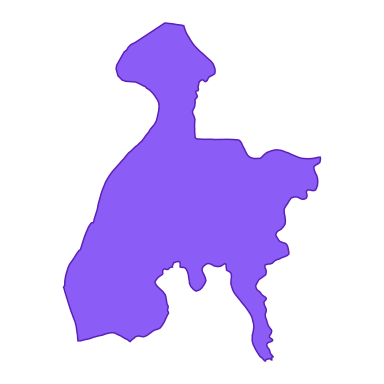 Khsach Kandal, Kândal, Cambodia
{"feature_id": "14789045B32248598745823", "entity_name": "Khsach Kandal", "entity_type": "district", "adm_level": 2, "iso_a3": "KHM", "parent_name": "Cambodia", "parent_adm1": "Kândal", "projection": "albers", "projection_center": [105.061, 11.705], "detail": "fine", "context": "isolated", "style": "filled", "palette": "violet", "viewbox_px": 384, "rotation_deg": 0, "n_neighbors": 0, "source": "geoboundaries", "source_scale": "gbopen_adm2", "svg_char_len": 6020}
<svg xmlns="http://www.w3.org/2000/svg" viewBox="0 0 384 384"><path d="M164.8,23.0L135.5,42.3L131.9,44.1L130.3,45.1L127.9,47.8L126.7,50.0L124.3,51.8L122.3,55.2L116.7,65.2L116.1,68.9L118.0,75.8L122.2,80.1L125.8,81.3L128.6,81.5L135.5,82.0L139.2,83.6L144.1,86.2L145.4,86.6L146.4,88.0L149.4,89.9L151.2,91.5L153.6,94.1L155.4,96.7L157.5,99.9L158.7,102.7L159.1,106.2L158.7,110.6L157.6,115.9L156.4,120.7L154.3,124.6L150.4,129.1L148.4,132.5L145.7,135.7L144.0,138.2L141.6,141.3L139.8,142.8L137.7,145.0L136.5,146.0L135.6,146.5L131.1,150.9L128.7,152.8L125.6,156.5L124.1,158.5L121.1,161.6L119.4,163.7L114.9,168.7L112.6,171.3L109.9,174.9L107.6,178.5L105.6,182.1L102.6,189.4L101.0,194.1L98.4,203.6L97.2,209.7L94.6,217.8L93.4,222.6L91.6,222.8L90.7,223.7L88.6,226.8L86.7,231.2L85.5,234.1L84.3,237.3L80.4,249.6L78.9,250.6L76.7,253.7L74.2,257.7L72.2,260.7L69.5,264.4L67.9,268.1L66.1,274.1L65.4,277.3L64.8,281.4L64.7,285.3L63.5,287.4L64.1,288.5L64.6,290.8L65.1,292.4L69.4,306.3L71.4,312.2L72.4,314.8L73.4,317.6L75.1,321.9L76.1,325.8L76.7,329.9L77.5,335.3L77.9,340.8L80.0,340.9L82.6,340.3L84.6,339.7L88.3,339.0L89.8,338.6L93.0,337.4L95.8,336.6L99.4,335.7L102.4,335.1L106.0,333.8L110.3,332.8L113.6,332.7L115.3,333.3L117.6,334.5L120.8,335.9L125.1,338.6L127.5,339.6L129.0,340.9L130.1,341.6L131.9,339.7L134.2,338.1L135.4,336.8L136.2,336.5L137.8,336.1L139.1,336.0L141.2,336.5L143.8,336.8L146.6,335.6L149.1,333.9L152.3,331.5L154.5,330.1L157.7,329.2L160.0,328.1L161.8,325.9L164.3,321.9L165.8,318.5L167.5,314.9L168.5,313.3L168.4,312.1L167.6,311.0L167.6,309.6L168.2,307.1L168.1,306.1L167.8,305.4L167.2,304.5L166.8,302.8L166.6,301.2L166.0,297.7L165.3,294.8L164.5,293.8L163.6,292.6L163.3,292.1L161.4,290.2L160.2,289.1L157.5,286.6L155.8,284.4L154.9,282.4L155.4,281.0L157.0,278.7L158.4,277.2L162.6,274.2L162.8,273.2L162.6,271.7L162.8,270.3L164.0,269.0L164.8,268.8L166.0,269.4L167.7,269.5L168.7,268.9L169.4,267.9L170.6,267.3L172.5,267.0L172.3,266.4L172.4,265.7L173.1,264.4L173.3,263.6L173.7,262.6L174.4,262.6L175.6,262.1L176.7,261.7L177.3,261.6L178.8,261.6L179.6,261.8L180.2,263.6L180.2,265.6L180.0,266.8L181.1,267.4L183.4,267.4L184.7,267.7L186.3,269.3L187.2,271.1L188.3,274.4L188.9,278.9L189.2,279.9L189.5,283.5L190.9,286.6L193.6,289.6L196.1,291.1L198.5,290.3L200.0,289.6L202.0,287.7L203.9,284.9L205.1,282.8L205.9,280.7L205.4,278.1L204.1,275.0L202.5,271.9L202.1,269.9L202.1,269.1L202.7,267.3L204.0,265.8L206.0,264.2L207.7,263.6L209.1,263.6L211.4,264.3L214.0,265.9L217.6,266.6L219.9,266.4L221.7,265.7L223.7,264.2L224.9,263.7L225.6,263.9L226.1,265.2L226.2,266.9L226.2,268.0L226.6,270.2L229.4,271.7L230.8,272.9L231.4,275.0L231.4,277.2L231.0,281.0L230.9,283.9L232.6,289.5L233.7,291.9L235.3,294.3L237.5,297.1L239.9,300.0L242.4,303.3L245.3,306.7L247.1,309.2L250.1,313.7L251.5,316.4L252.3,318.5L252.8,321.3L253.5,323.2L253.9,326.9L253.2,331.6L252.3,335.3L252.2,340.9L253.2,344.6L255.6,349.5L258.4,354.1L260.4,356.9L261.4,357.4L262.8,358.8L264.6,360.8L265.4,361.0L265.8,360.0L266.8,359.3L268.2,359.0L269.4,358.6L270.1,358.9L271.1,359.8L271.8,359.9L271.8,358.4L271.7,357.3L273.1,356.8L272.5,356.0L270.7,353.8L269.9,351.8L269.6,350.3L268.9,348.9L267.4,347.1L266.6,344.9L267.2,343.3L268.9,342.3L270.4,341.9L272.2,341.0L272.7,340.1L272.3,339.4L269.7,337.5L269.4,336.3L269.7,335.5L270.9,333.8L271.5,332.2L271.7,330.8L271.4,329.9L269.4,327.4L268.3,325.6L267.2,322.6L266.7,320.5L265.4,316.9L265.2,314.2L265.9,312.4L266.3,310.9L266.1,308.7L264.5,305.4L264.0,303.1L263.9,302.0L266.3,299.1L266.1,297.9L265.2,297.1L262.8,295.5L261.2,293.9L260.2,292.3L258.9,291.2L258.0,290.6L257.1,289.8L256.1,287.9L255.7,286.2L255.8,285.4L258.2,280.8L259.2,279.4L260.9,278.3L265.7,274.8L266.1,273.1L266.2,271.5L266.1,270.2L264.6,266.6L265.0,265.2L265.8,264.8L267.1,264.3L268.7,264.0L270.1,264.0L271.7,263.4L272.5,263.0L273.3,262.2L274.5,261.0L276.1,260.1L277.4,259.5L279.6,258.9L281.3,257.9L285.8,256.2L287.5,255.3L288.8,254.1L288.9,252.7L288.2,248.7L287.8,246.9L287.1,245.3L286.6,244.5L285.6,243.5L282.8,242.5L281.4,242.1L280.4,241.7L279.6,241.2L278.8,240.3L276.0,235.7L275.8,234.7L276.4,232.7L277.1,231.9L278.1,230.9L281.0,229.3L283.2,227.0L284.5,225.1L285.0,224.2L285.3,222.5L285.4,221.0L285.3,219.7L284.9,216.0L284.4,214.0L284.2,211.8L284.1,209.6L284.8,207.8L285.6,206.3L286.7,204.8L287.7,203.4L288.5,201.8L289.7,200.1L290.6,198.7L291.3,198.0L293.0,197.3L295.6,196.8L297.4,197.1L298.9,197.8L300.7,198.7L302.5,199.3L304.2,199.1L305.8,198.5L306.6,197.7L307.1,195.6L306.3,192.1L306.7,190.8L307.6,189.9L309.2,189.9L312.4,190.6L314.0,190.6L315.5,190.0L316.2,188.8L317.4,185.5L317.8,181.8L317.5,178.3L316.6,175.3L315.4,173.0L314.1,169.7L313.8,167.1L314.7,165.9L315.8,165.0L317.2,164.4L318.7,163.4L319.9,162.2L320.2,160.9L320.5,158.9L320.3,157.2L317.9,157.3L315.3,158.0L312.3,158.5L309.3,158.7L306.5,158.7L301.8,158.3L299.5,157.7L297.1,156.8L290.9,154.2L288.3,152.9L286.0,152.2L283.6,151.2L281.3,150.4L277.6,149.9L276.1,149.9L274.5,150.0L273.1,150.4L271.8,150.7L270.0,151.3L266.7,152.6L265.1,153.9L263.9,154.9L262.2,156.7L260.3,158.3L256.1,158.5L254.2,158.5L252.4,158.1L250.4,157.5L248.9,156.4L247.9,155.5L247.3,154.7L245.1,150.7L244.5,149.1L243.2,146.9L242.6,145.5L241.5,143.1L240.5,141.5L239.8,140.8L238.9,140.2L238.2,139.9L232.9,139.5L226.5,139.3L223.8,139.4L221.1,139.4L216.1,139.5L214.1,139.5L212.3,139.3L203.3,139.3L198.6,139.0L197.8,139.0L196.3,138.7L195.6,138.1L195.0,136.6L194.9,134.1L194.6,131.2L194.7,128.7L194.5,125.8L194.9,119.2L194.0,116.2L193.0,114.2L192.4,111.8L193.2,109.5L194.2,107.7L194.6,106.7L195.2,102.3L195.0,99.5L195.6,98.9L196.9,97.5L197.4,96.2L196.9,94.9L196.0,93.2L195.7,91.8L196.6,90.9L198.1,90.6L198.5,89.3L198.3,88.4L198.0,86.9L198.5,85.5L198.8,82.9L200.0,81.0L201.9,79.8L203.3,80.1L205.1,81.7L206.0,81.4L207.2,80.5L207.9,78.8L209.0,77.0L212.3,75.3L214.7,73.7L215.1,72.0L215.0,69.0L214.0,66.1L213.1,63.9L211.4,61.6L206.5,57.2L202.4,53.3L200.7,52.0L199.1,50.5L194.4,45.7L192.0,42.4L190.5,40.1L188.7,36.9L187.4,34.9L186.0,32.4L184.6,28.4L183.7,25.6L182.7,25.6L182.0,25.2L177.0,24.6L172.6,23.8L164.8,23.0Z" fill="#8b5cf6" stroke="#5b21b6" stroke-width="1.5"/></svg>